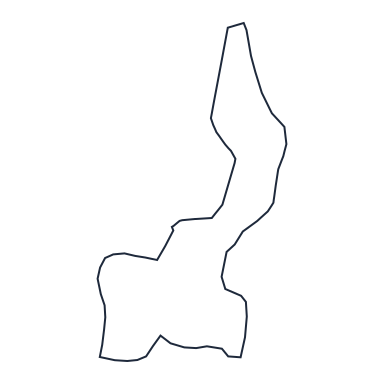 Oshimili South, Delta, Nigeria (Equal Earth projection)
{"feature_id": "59680162B32979491305099", "entity_name": "Oshimili South", "entity_type": "district", "adm_level": 2, "iso_a3": "NGA", "parent_name": "Nigeria", "parent_adm1": "Delta", "projection": "equal_earth", "projection_center": [6.686, 6.129], "detail": "fine", "context": "isolated", "style": "outline", "palette": "slate", "viewbox_px": 384, "rotation_deg": 0, "n_neighbors": 0, "source": "geoboundaries", "source_scale": "gbopen_adm2", "svg_char_len": 1326}
<svg xmlns="http://www.w3.org/2000/svg" viewBox="0 0 384 384"><path d="M171.9,226.9L173.3,230.5L165.2,246.1L157.1,260.0L145.2,257.5L135.1,255.9L124.5,253.4L113.2,254.4L110.8,255.5L105.1,258.0L100.1,267.5L97.6,278.7L100.8,294.1L104.6,305.3L105.3,317.3L104.1,329.4L102.2,344.9L99.8,357.0L114.8,360.2L127.3,361.0L137.4,360.0L146.1,356.4L153.0,346.0L160.5,335.6L170.5,343.3L184.3,347.4L196.2,348.1L206.9,346.3L221.9,348.7L228.2,356.4L240.6,357.3L245.0,337.3L246.8,316.6L245.9,301.9L241.1,295.8L225.3,289.0L221.6,276.8L226.6,251.9L234.7,244.5L242.8,231.5L257.2,221.0L260.8,217.7L267.8,211.4L271.6,205.6L273.4,202.7L273.8,199.5L274.2,196.9L275.8,185.1L276.4,181.3L278.0,170.8L278.3,169.1L282.1,159.2L283.3,156.2L284.6,150.9L285.7,146.8L286.4,144.1L284.4,126.9L280.4,122.5L280.1,122.2L271.9,113.3L269.6,108.7L265.0,99.3L261.8,92.8L258.2,81.2L255.4,72.2L252.5,61.5L251.0,55.9L246.5,30.1L243.7,23.0L227.8,27.7L221.8,60.0L217.7,81.8L214.0,101.4L211.6,114.5L210.9,118.2L213.3,125.2L215.0,128.9L216.4,132.2L219.2,136.0L221.5,139.3L223.2,141.7L225.3,144.6L228.4,148.2L231.0,150.9L235.4,158.8L234.6,163.1L231.1,175.0L222.4,204.7L217.8,210.5L215.1,213.8L211.8,218.0L195.8,219.0L195.1,219.0L188.6,219.6L182.2,220.2L179.6,220.9L179.1,221.3L178.5,221.8L175.6,224.2L173.7,225.8L171.9,226.9Z" fill="none" stroke="#1e293b" stroke-width="2"/></svg>